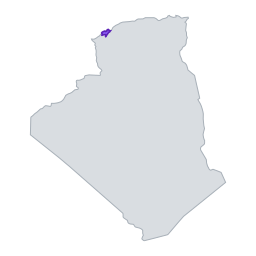 Oran on a map of Algeria (Equal Earth projection)
{"feature_id": "DZA-2145", "entity_name": "Oran", "entity_type": "Province", "adm_level": 1, "iso_a3": "DZA", "parent_name": "Algeria", "parent_adm1": "", "projection": "equal_earth", "projection_center": [-0.636, 35.601], "detail": "fine", "context": "in_parent", "style": "filled", "palette": "violet", "viewbox_px": 256, "rotation_deg": 0, "n_neighbors": 0, "source": "natural_earth", "source_scale": "10m", "svg_char_len": 4609}
<svg xmlns="http://www.w3.org/2000/svg" viewBox="0 0 256 256"><path d="M188.1,17.2L188.3,17.8L188.4,18.4L187.6,19.0L187.0,19.3L186.4,20.8L185.2,21.8L185.0,22.1L185.0,22.4L185.9,22.9L186.2,23.3L186.4,23.9L186.1,26.1L185.7,29.8L185.7,30.7L186.1,31.6L186.4,32.4L186.5,33.3L186.5,35.4L186.9,36.6L187.3,37.8L186.6,39.2L186.3,40.5L186.2,42.3L186.1,43.4L185.7,44.5L185.1,45.5L184.4,46.1L183.6,46.6L182.6,47.3L181.8,49.2L180.1,50.7L179.8,51.3L179.7,52.5L179.8,54.3L180.1,55.6L181.0,57.7L181.8,59.9L182.1,61.1L182.4,61.5L183.4,62.2L185.3,63.3L185.6,63.7L186.6,65.2L187.5,68.0L187.9,69.9L191.2,72.7L194.3,75.2L194.6,75.6L196.5,84.2L197.2,87.2L199.7,98.2L198.9,98.8L197.9,99.6L198.7,101.1L200.2,103.6L201.1,105.6L201.4,106.4L202.2,108.9L202.8,111.2L203.0,112.0L203.3,113.9L203.2,118.9L203.8,125.4L204.5,128.6L203.7,131.5L203.1,134.3L203.2,135.7L203.6,137.8L204.1,139.5L204.6,140.3L204.6,143.0L204.4,144.0L202.8,145.5L201.1,146.8L200.6,147.9L200.5,149.1L200.7,150.1L206.2,159.4L206.4,160.3L206.6,163.0L207.6,166.3L208.5,167.7L208.9,168.8L209.6,169.6L210.3,170.1L210.7,170.2L213.0,169.3L217.1,170.8L220.9,172.3L221.2,172.6L223.5,177.7L225.6,182.4L183.6,216.3L179.0,221.5L168.1,234.3L167.3,234.8L152.7,238.6L145.1,240.5L144.7,240.6L144.3,240.6L144.0,240.6L143.3,240.3L142.5,239.5L142.0,239.1L141.9,238.5L142.2,237.7L142.5,237.0L142.7,236.4L142.9,236.0L143.3,235.6L143.3,235.1L143.0,234.3L142.7,233.2L142.7,231.2L142.7,230.3L142.0,229.5L140.7,228.6L139.5,228.1L138.9,227.9L137.6,227.6L135.7,227.1L135.0,226.7L133.8,224.8L133.2,224.3L130.4,224.0L129.5,223.7L128.7,223.3L128.1,222.7L127.7,221.6L127.6,220.8L127.4,220.4L124.3,218.3L123.5,217.6L123.1,217.0L123.1,216.1L123.1,214.9L123.0,213.9L122.9,213.3L69.1,166.1L66.2,163.7L59.7,158.2L30.4,134.8L30.8,118.2L30.9,117.3L31.1,116.9L32.0,116.3L33.6,114.9L34.1,114.3L34.8,113.7L37.4,111.8L37.9,111.3L40.3,109.1L40.9,108.8L42.2,108.6L42.7,108.2L43.5,107.3L44.6,106.3L45.3,105.8L45.9,105.7L48.1,106.0L49.0,106.2L50.1,106.4L50.5,106.3L50.8,106.0L51.2,105.3L51.3,104.4L51.4,103.7L51.4,103.4L51.6,103.3L52.1,103.3L52.8,103.4L54.1,103.4L54.5,103.3L56.1,103.1L58.2,102.7L61.2,101.6L62.7,100.3L63.8,99.0L64.9,97.0L65.8,95.3L67.5,94.3L69.0,93.6L69.9,93.4L71.8,92.4L74.9,89.8L77.5,89.4L77.9,89.2L78.2,88.7L78.3,87.9L77.8,87.4L77.3,87.1L76.9,86.8L76.6,86.7L76.4,86.3L76.5,85.6L76.5,85.0L76.8,84.3L76.7,83.4L76.4,82.5L76.3,81.8L76.3,81.2L76.5,80.6L77.0,80.3L77.7,80.2L78.5,80.3L80.0,80.1L83.9,78.5L84.2,78.0L84.5,76.9L84.8,76.0L85.2,75.7L85.4,75.6L88.5,75.0L89.2,74.9L95.0,75.2L99.9,75.4L100.4,75.2L100.4,74.5L100.1,73.2L100.3,72.4L101.0,71.6L101.9,70.8L101.5,69.8L100.8,69.1L99.8,68.3L99.3,67.9L98.4,66.9L97.8,65.8L97.5,63.4L96.8,62.1L96.3,60.5L96.7,57.5L96.1,55.7L96.0,54.9L96.0,54.0L96.2,52.4L96.1,50.1L95.3,47.8L95.7,47.0L95.9,46.6L95.8,46.3L95.1,45.5L94.8,44.9L95.0,44.4L95.3,43.5L95.3,43.2L94.2,42.2L92.3,40.6L91.8,39.9L91.5,39.0L93.3,39.2L94.3,39.1L96.4,38.0L98.2,36.6L99.5,35.9L100.7,34.3L101.7,33.3L103.3,32.2L107.7,29.9L108.4,29.9L109.8,30.4L111.1,30.3L111.9,29.5L112.9,27.5L114.3,26.4L116.1,25.2L118.6,24.1L120.2,23.0L122.8,22.1L129.2,21.6L132.5,21.1L134.7,21.2L137.0,19.5L138.1,19.0L143.0,18.9L145.3,17.7L154.0,17.7L155.1,18.1L156.2,18.7L158.0,20.3L158.9,20.6L160.0,20.3L162.7,18.8L165.7,18.1L167.3,17.2L168.0,15.9L169.4,15.4L170.2,16.4L173.4,17.4L175.3,17.1L176.2,16.8L175.8,15.4L177.9,15.8L179.4,16.5L181.1,17.9L182.2,18.1L184.1,17.5L188.1,17.2Z" fill="#d9dde1" stroke="#a8b0b8" stroke-width="1"/><path d="M101.6,32.8L101.8,32.6L102.1,32.3L102.2,32.1L102.6,32.0L102.7,31.9L102.9,31.7L103.0,31.6L103.3,31.6L103.5,31.7L103.9,31.5L104.1,31.1L104.3,31.0L104.5,31.1L104.9,31.3L105.0,31.3L105.2,31.5L105.3,31.6L105.7,31.6L105.9,31.6L106.1,31.5L106.2,31.4L106.3,31.0L106.6,31.0L106.8,31.0L106.8,30.9L107.2,30.0L107.2,29.8L107.2,29.7L107.3,29.6L107.5,29.7L107.8,29.7L108.1,29.5L108.4,29.4L108.5,29.5L108.8,29.8L108.8,30.0L109.0,30.3L109.2,30.5L109.8,30.6L110.2,30.8L110.4,30.8L110.5,30.8L110.1,31.3L109.7,31.9L109.5,32.1L109.4,32.1L109.2,32.1L108.8,32.2L108.7,32.4L108.6,32.6L108.5,32.8L108.4,32.9L107.9,33.4L107.8,33.5L107.7,33.6L107.7,33.9L107.6,34.0L107.4,34.2L107.2,34.3L107.0,34.5L107.0,34.8L106.9,35.0L106.6,35.2L106.6,35.3L106.4,35.4L106.3,35.5L106.2,36.1L106.2,36.3L106.0,36.5L105.9,36.6L105.7,36.7L105.5,36.3L105.7,36.1L105.6,35.9L105.6,35.7L105.8,35.5L105.9,35.3L105.8,35.2L105.5,34.7L105.3,34.5L105.1,34.5L104.9,34.5L102.9,35.0L102.7,34.9L102.4,34.8L102.2,34.9L102.2,35.1L102.1,35.3L101.9,35.3L101.9,35.2L101.9,34.8L102.0,34.7L102.3,34.3L102.4,34.2L102.5,34.0L102.4,33.9L102.1,33.7L101.8,33.5L101.6,32.8L101.6,32.8Z" fill="#8b5cf6" stroke="#5b21b6" stroke-width="1.5"/></svg>